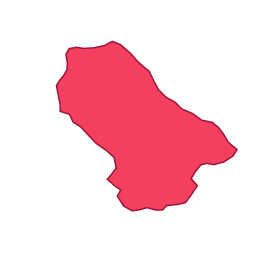 the district of Carapicuíba, São Paulo, Brazil, rotated 312°
{"feature_id": "56859067B3159053220029", "entity_name": "Carapicuíba", "entity_type": "district", "adm_level": 2, "iso_a3": "BRA", "parent_name": "Brazil", "parent_adm1": "São Paulo", "projection": "equal_earth", "projection_center": [-46.843, -23.547], "detail": "fine", "context": "isolated", "style": "filled", "palette": "rose", "viewbox_px": 256, "rotation_deg": 312, "n_neighbors": 0, "source": "geoboundaries", "source_scale": "gbopen_adm2", "svg_char_len": 894}
<svg xmlns="http://www.w3.org/2000/svg" viewBox="0 0 256 256"><g transform="rotate(312 128 128)"><path d="M96.8,126.4L96.8,137.6L90.3,146.0L82.4,146.8L76.1,146.8L76.1,156.2L77.0,164.1L70.2,165.7L67.1,177.0L69.3,186.6L75.8,191.9L81.4,195.3L85.7,203.6L90.4,208.6L96.2,208.6L104.3,216.0L110.9,220.6L120.2,219.8L131.6,218.1L132.5,208.9L140.3,207.3L149.3,206.8L154.4,210.2L158.3,216.4L167.0,221.9L177.4,224.8L184.9,223.5L184.5,212.0L187.4,203.1L188.9,194.8L188.6,186.9L183.1,177.5L181.9,166.2L178.1,155.0L178.7,145.8L176.3,135.5L176.9,124.8L180.3,115.5L184.3,105.7L183.9,97.7L184.0,89.5L185.2,79.8L184.9,66.5L181.9,58.3L173.4,55.3L164.7,49.0L157.3,41.6L153.6,35.8L147.7,31.2L141.3,32.5L135.6,39.6L130.3,43.7L124.5,45.0L118.0,45.3L111.8,46.3L105.9,54.0L99.7,62.3L95.0,66.5L99.0,75.2L95.6,83.5L97.2,91.9L96.0,104.7L95.3,115.5L96.8,126.4Z" fill="#f43f5e" stroke="#9f1239" stroke-width="1.5"/></g></svg>